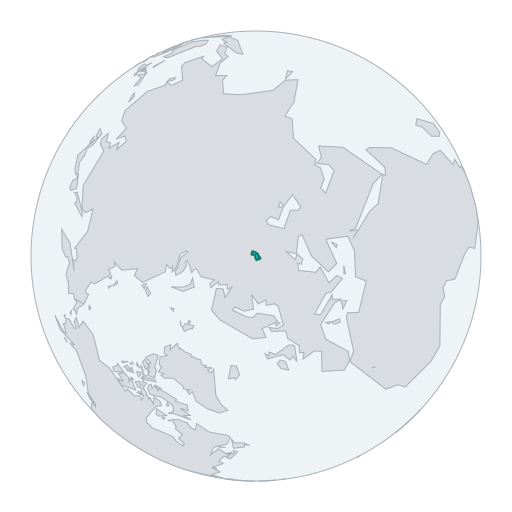 Mordovia highlighted on a globe, orthographic projection, rotated 236°
{"feature_id": "RUS-2372", "entity_name": "Mordovia", "entity_type": "Republic", "adm_level": 1, "iso_a3": "RUS", "parent_name": "Russia", "parent_adm1": "", "projection": "orthographic", "projection_center": [44.161, 54.419], "detail": "fine", "context": "on_globe", "style": "filled", "palette": "teal", "viewbox_px": 512, "rotation_deg": 236, "n_neighbors": 0, "source": "natural_earth", "source_scale": "10m", "svg_char_len": 13332}
<svg xmlns="http://www.w3.org/2000/svg" viewBox="0 0 512 512"><g transform="rotate(236 256 256)"><circle cx="256" cy="256" r="225" fill="#eef3f6" stroke="#a8b0b8"/><path d="M207.4,36.0L221.9,34.3L226.9,38.5L220.8,38.6L222.8,40.0L230.5,40.1L235.2,39.9L252.3,48.0L277.4,54.1L287.6,53.1L283.6,55.9L304.4,52.7L319.5,56.1L301.0,54.2L298.1,55.6L307.6,58.5L306.6,60.6L310.6,63.4L308.6,65.8L298.0,65.0L296.5,66.6L303.3,68.7L305.6,72.7L295.8,69.4L298.7,76.2L281.5,77.0L256.9,67.8L245.9,71.8L216.7,72.2L217.9,74.8L207.6,77.3L205.2,81.4L200.4,80.7L202.6,84.6L207.3,84.5L209.9,86.3L208.9,88.9L202.7,88.3L202.3,86.9L199.9,88.1L197.3,86.8L198.0,88.9L190.6,88.1L196.4,92.7L189.2,95.3L184.7,93.8L187.3,89.0L183.3,74.8L179.5,72.5L171.7,73.8L152.4,86.3L147.4,86.1L139.1,89.5L140.8,91.6L148.0,89.8L149.2,95.1L157.8,92.6L159.5,94.6L167.5,94.5L164.0,100.0L156.2,105.6L149.4,106.1L145.8,108.7L150.4,113.0L135.9,119.0L123.3,132.1L119.8,133.3L116.3,126.5L121.1,114.1L116.6,106.9L117.1,117.3L108.4,120.8L105.9,124.0L105.0,127.4L107.4,128.5L103.9,131.1L102.1,121.3L105.2,118.8L105.8,121.8L107.9,116.1L106.7,110.3L102.3,112.9L105.0,102.6L101.9,104.5L100.8,103.5L105.5,101.1L97.1,105.5L99.5,96.9L88.1,106.2L101.9,93.1L108.4,86.9L115.3,80.6L113.5,81.9L125.1,72.8L128.1,70.6L142.8,61.2L158.1,53.1L174.1,46.1L190.5,40.4L207.4,36.0ZM32.7,226.1L32.4,228.9L32.1,230.9L32.7,226.1ZM31.3,272.2L32.2,281.3L35.6,302.0L36.5,306.8L33.2,289.6L31.3,272.2ZM75.5,121.2L80.1,115.3L85.5,108.8L87.9,106.0L85.8,108.4L70.0,129.0L73.8,123.5L75.5,121.2ZM85.1,110.6L87.6,107.5L85.6,110.2L85.1,110.6ZM237.5,39.6L230.8,39.9L224.1,39.2L229.8,38.6L237.5,39.6ZM250.0,42.2L246.6,42.7L244.8,40.5L247.3,40.9L250.0,42.2ZM295.1,52.2L289.9,51.1L295.3,51.5L295.1,52.2ZM311.5,63.4L313.3,63.1L314.7,64.7L311.5,63.4ZM168.9,91.5L168.2,93.0L167.1,92.2L168.9,91.5ZM173.0,90.2L172.2,88.3L174.1,87.4L174.5,88.6L173.0,90.2ZM312.8,70.0L314.3,72.8L310.9,69.7L312.8,70.0ZM173.6,92.8L177.4,86.1L180.7,84.7L185.1,88.1L173.6,92.8ZM314.1,74.4L318.0,81.8L322.4,81.6L312.3,86.5L312.3,78.4L307.4,74.5L312.0,75.7L314.1,74.4ZM209.3,83.4L204.2,83.6L209.4,81.2L209.3,83.4ZM212.0,81.4L224.4,72.1L231.5,73.3L225.9,76.1L235.8,76.1L233.2,81.2L227.1,82.4L223.1,80.5L225.2,84.0L212.0,81.4ZM306.2,88.2L305.5,90.0L304.2,88.0L306.2,88.2ZM211.3,86.9L213.1,84.7L219.4,85.6L216.8,90.0L215.6,88.3L211.3,86.9ZM239.7,73.7L243.9,75.3L242.9,79.8L244.4,81.1L233.7,81.5L239.7,73.7ZM213.7,89.4L215.3,92.3L211.5,94.3L209.9,89.0L213.7,89.4ZM222.2,84.0L225.0,84.7L222.6,85.7L222.2,84.0ZM198.6,103.4L200.7,100.5L204.2,100.7L198.6,103.4ZM216.2,93.3L217.5,92.6L219.1,92.4L219.4,94.7L216.2,93.3ZM233.8,84.8L232.5,86.4L238.1,84.8L237.6,88.4L230.5,88.1L233.4,89.7L233.2,90.8L227.6,89.4L233.8,84.8ZM224.4,96.6L215.3,97.8L210.6,102.9L207.4,102.8L215.5,94.7L224.4,96.6ZM226.8,92.4L224.6,95.0L221.7,93.5L221.5,90.8L226.8,92.4ZM239.8,91.0L242.4,85.6L243.9,85.9L239.8,91.0ZM223.6,98.3L225.9,98.0L223.6,98.9L223.6,98.3ZM235.5,93.5L236.2,91.5L237.8,91.9L235.5,93.5ZM229.7,99.2L226.8,99.5L226.5,97.7L229.7,99.2ZM232.8,96.8L234.9,97.8L228.1,96.8L232.9,95.9L232.8,96.8ZM236.9,94.2L238.1,93.8L236.4,95.0L236.9,94.2ZM232.5,106.2L224.1,105.4L223.4,101.2L231.7,102.6L232.5,106.2ZM173.3,465.6L172.1,465.0L158.9,458.4L140.0,441.6L144.1,437.7L141.5,430.9L125.6,407.9L129.0,400.0L125.1,393.4L116.9,389.7L112.6,381.5L107.7,378.2L78.7,358.2L70.9,342.4L64.0,306.4L70.0,301.5L72.9,289.2L115.8,274.8L122.8,283.9L154.2,296.3L157.7,300.1L151.8,309.6L173.5,333.3L183.2,327.0L205.1,340.5L221.2,343.1L230.8,323.3L204.6,318.7L202.3,307.2L225.1,302.0L248.3,306.1L248.2,301.8L235.3,290.8L242.6,283.6L231.1,286.3L234.4,291.2L227.3,293.2L223.9,288.9L226.6,286.4L220.1,283.3L208.9,296.7L211.0,303.1L192.9,301.4L194.6,312.1L189.0,315.2L184.0,298.3L185.9,293.1L175.0,271.7L171.3,276.9L181.4,297.6L177.4,294.9L172.5,302.8L173.1,294.6L163.0,271.3L147.9,267.4L125.4,279.2L117.2,275.3L112.0,265.4L123.5,246.1L140.4,257.2L144.7,251.1L144.2,237.3L149.3,242.0L151.2,238.0L157.8,241.6L170.0,236.1L177.2,238.7L184.8,226.8L189.5,226.7L183.7,233.6L183.5,240.0L201.7,246.4L206.0,244.7L209.4,236.7L214.0,239.7L215.0,231.1L226.8,230.8L213.2,224.2L216.9,215.3L225.5,210.1L224.3,206.1L210.3,214.7L206.9,219.2L207.9,225.0L196.5,237.2L189.6,237.2L192.3,220.4L182.9,218.9L189.1,207.0L223.2,190.3L236.0,188.7L251.3,205.1L246.8,210.4L239.0,207.0L243.6,218.5L244.5,213.5L248.3,216.2L252.8,208.9L255.7,210.5L255.0,200.9L259.0,202.1L259.4,208.2L269.5,198.9L278.7,199.5L279.6,196.7L277.9,193.5L290.7,196.7L290.7,194.5L286.6,192.5L284.1,187.1L284.6,178.7L289.0,180.3L289.4,183.5L296.8,192.8L297.2,201.5L299.1,201.3L299.8,194.2L290.7,182.7L289.7,177.4L294.8,182.0L292.9,179.9L293.8,177.7L298.8,177.1L293.6,171.8L297.6,147.3L307.8,144.2L311.8,150.8L319.2,136.8L330.0,135.2L326.2,133.4L327.2,125.9L323.8,126.2L322.0,124.8L323.0,106.9L326.6,104.3L322.7,95.3L320.7,94.4L317.8,95.8L312.3,86.5L322.4,81.6L326.4,83.8L330.0,79.7L338.5,85.3L347.3,88.4L354.5,97.5L360.8,99.5L361.5,97.7L370.5,99.4L386.8,109.8L370.7,109.1L345.6,97.0L355.6,102.4L352.5,103.7L355.5,107.3L362.6,111.1L363.9,110.0L370.8,130.4L386.1,147.2L387.2,139.0L392.9,138.3L411.2,152.3L428.0,188.4L435.8,189.5L439.6,193.9L440.2,202.2L434.7,195.9L430.9,198.8L427.6,194.2L426.8,206.0L422.1,200.1L423.7,212.6L428.6,214.6L431.1,206.0L434.4,219.9L443.3,220.2L449.8,228.9L453.2,258.2L448.5,275.9L449.4,279.5L444.7,281.2L442.7,293.4L454.9,300.4L456.0,305.2L450.8,324.2L449.9,321.2L437.5,325.4L438.3,338.5L447.8,337.8L451.2,344.4L445.2,348.7L441.4,343.2L437.0,344.5L436.0,334.0L428.1,323.3L421.9,332.9L420.3,326.5L408.6,319.9L398.5,333.0L383.9,362.4L385.3,378.8L378.7,389.4L362.2,373.4L356.0,358.3L349.3,362.7L332.9,352.9L302.5,359.7L298.8,355.5L292.9,358.8L281.5,355.4L276.2,347.7L269.0,348.9L283.3,368.5L291.2,367.2L298.6,358.1L301.1,365.2L312.2,369.5L297.5,388.9L253.4,406.1L250.3,393.5L223.1,353.8L224.6,349.4L224.5,348.8L224.3,347.9L220.5,354.9L216.3,346.3L229.5,375.4L231.2,386.6L252.8,406.8L250.4,408.7L257.8,412.4L282.7,406.6L282.5,410.6L270.0,428.7L236.6,448.6L241.8,460.1L240.6,467.9L221.5,470.5L224.9,474.9L215.2,474.6L215.8,476.1L209.0,475.9L197.1,473.4L193.8,472.5L173.3,465.6ZM98.7,289.7L97.0,293.2L98.7,289.7ZM271.7,320.7L286.4,320.6L281.9,307.1L287.2,306.1L283.8,302.1L281.5,306.2L273.4,294.9L280.5,290.3L279.8,284.2L274.8,284.0L263.1,294.3L274.7,310.3L270.4,316.1L271.7,320.7ZM56.9,151.4L54.6,156.2L56.4,152.2L56.9,151.4ZM67.0,133.4L65.0,136.6L67.9,132.2L58.7,147.8L62.3,141.0L64.8,136.8L67.0,133.4ZM83.3,111.8L81.4,114.3L81.0,114.5L83.3,111.8ZM83.6,112.6L84.1,111.8L85.7,110.1L83.6,112.6ZM108.5,121.4L108.5,122.3L106.9,125.8L106.3,124.5L108.5,121.4ZM108.2,141.0L102.6,144.8L106.2,141.0L104.2,139.5L109.2,129.9L118.3,133.4L113.3,133.4L108.2,141.0ZM118.4,118.6L114.2,123.9L118.5,118.0L118.4,118.6ZM154.9,213.3L156.2,217.8L152.2,221.4L143.1,219.3L148.8,213.8L154.9,213.3ZM159.0,223.3L164.2,207.9L170.0,208.9L165.8,210.9L169.2,213.1L163.4,216.9L163.9,233.5L160.4,237.9L145.5,230.9L152.3,230.6L150.6,226.1L159.0,223.3ZM167.1,170.1L169.5,164.4L179.1,173.9L175.8,178.2L166.6,176.0L165.0,169.8L167.1,170.1ZM180.7,100.5L181.0,98.4L182.7,98.4L183.9,100.3L180.7,100.5ZM199.3,102.0L181.3,110.0L180.7,107.9L170.9,115.6L165.5,113.2L172.0,108.2L160.5,112.3L164.2,106.8L156.6,110.4L171.7,99.5L174.6,95.1L173.5,100.9L178.4,103.2L181.3,102.8L192.0,98.7L200.6,90.7L206.9,92.1L209.0,95.2L207.9,97.3L204.2,95.7L205.3,99.7L199.1,99.0L199.3,102.0ZM230.1,135.8L226.3,132.1L227.6,141.8L221.4,140.4L221.9,141.7L216.5,143.2L210.9,147.3L208.5,145.8L207.4,148.1L203.8,149.3L201.4,151.9L196.1,150.4L192.8,153.6L192.2,151.1L187.9,157.1L188.7,152.0L184.1,153.3L185.8,157.5L162.9,144.8L152.8,144.0L143.8,146.3L146.4,137.7L156.4,130.3L169.5,125.1L179.0,127.4L178.4,123.3L182.8,123.3L181.4,126.5L186.2,121.6L189.4,122.5L201.0,119.0L205.9,111.8L210.3,110.5L210.0,113.8L214.6,110.3L217.0,115.7L220.2,115.0L225.8,119.9L223.3,126.9L227.1,125.6L231.5,129.5L230.1,135.8ZM233.8,107.7L232.3,116.0L228.2,119.5L220.2,109.7L217.0,109.6L211.8,103.8L217.9,99.0L218.8,101.0L221.1,101.9L218.3,103.1L222.3,102.8L223.7,105.7L227.3,106.4L225.8,108.9L233.8,107.7ZM163.2,297.8L166.2,299.7L171.2,301.2L168.2,306.4L163.2,297.8ZM156.0,282.0L158.9,282.6L157.1,290.3L154.0,288.5L156.0,282.0ZM162.1,276.6L159.2,282.1L158.9,278.1L162.1,276.6ZM186.5,233.8L189.8,234.0L189.6,236.1L187.0,238.4L186.5,233.8ZM232.6,165.6L231.1,162.6L232.4,161.8L233.5,154.4L238.2,155.1L239.4,159.7L232.6,165.6ZM225.5,326.3L220.0,329.6L218.0,327.3L220.3,326.6L225.5,326.3ZM192.1,318.9L199.0,323.5L191.2,320.3L192.1,318.9ZM237.9,165.1L237.8,161.9L240.2,164.2L237.9,165.1ZM241.7,155.2L244.8,157.2L238.9,154.3L241.7,155.2ZM279.9,466.1L266.5,477.2L255.6,477.4L252.7,475.0L257.1,468.5L269.5,466.0L275.3,461.8L279.9,466.1ZM471.1,322.9L470.4,325.1L471.4,322.1L471.1,322.9ZM469.0,328.5L471.1,322.8L468.3,330.8L469.0,328.5ZM473.5,314.6L471.8,320.6L473.8,313.4L474.2,311.9L473.5,314.6ZM467.4,332.5L456.8,353.0L452.0,359.3L453.7,355.3L461.4,343.1L467.4,332.5ZM453.2,355.9L445.2,361.4L430.6,357.9L435.9,353.0L450.5,348.3L449.6,351.2L454.5,349.0L453.2,355.9ZM470.7,314.8L469.7,321.7L464.4,332.7L461.6,336.9L459.8,333.1L460.9,327.3L463.3,323.3L469.8,293.5L472.7,290.8L471.3,301.6L473.4,301.9L470.7,314.8ZM386.4,379.7L392.2,385.7L388.3,389.4L386.4,379.7ZM470.4,277.0L469.2,289.9L469.7,275.6L470.4,277.0ZM469.5,265.6L470.6,268.3L468.7,268.1L469.5,265.6ZM451.2,284.1L448.8,289.2L447.8,287.0L450.2,279.3L451.2,284.1ZM454.7,236.3L458.4,243.2L459.2,246.4L456.3,244.4L454.7,236.3ZM277.8,168.5L271.1,177.8L269.3,185.5L273.2,191.1L264.8,187.4L267.5,175.6L277.8,168.5ZM294.7,149.7L291.3,145.2L294.6,144.7L295.9,145.7L294.7,149.7ZM291.4,148.6L283.7,147.7L282.9,143.7L289.1,145.2L291.4,148.6ZM260.7,156.0L258.3,158.6L256.4,156.6L260.7,156.0ZM481.0,266.4L480.8,269.8L481.2,261.6L481.0,266.4ZM479.2,286.0L479.0,287.9L478.6,289.3L479.2,286.0ZM480.0,280.2L479.5,283.7L479.8,281.7L480.1,278.6L480.0,280.2ZM474.6,299.7L475.2,301.1L477.3,291.8L475.7,300.5L476.4,301.5L475.7,305.3L475.1,303.8L473.8,311.9L472.9,314.9L472.9,311.0L474.3,301.0L475.2,295.1L478.5,281.2L474.6,299.7ZM480.0,277.4L479.7,275.3L479.8,270.9L480.2,270.9L480.0,277.4ZM477.6,271.0L475.4,271.4L474.4,278.1L475.4,261.2L477.5,263.7L477.6,271.0ZM474.2,264.5L473.4,270.8L473.6,261.9L474.2,264.5ZM472.6,270.2L471.4,267.1L472.6,264.1L472.6,270.2ZM474.8,262.3L473.2,255.3L474.7,257.1L474.8,262.3ZM468.2,260.5L472.5,258.9L468.7,266.2L463.8,254.8L465.1,250.3L468.2,260.5ZM445.5,188.3L442.6,185.9L442.4,181.2L444.5,184.1L445.5,188.3ZM439.2,164.7L441.4,179.2L442.7,191.3L444.5,190.1L448.7,197.9L443.7,196.7L439.5,184.0L439.3,175.9L435.0,170.0L432.3,161.7L426.3,156.9L423.7,152.1L429.0,154.1L439.2,164.7ZM423.7,155.2L412.3,145.0L414.0,139.0L416.8,139.8L421.4,146.9L420.2,149.7L423.7,155.2ZM410.0,140.9L408.8,143.5L389.5,136.6L385.8,133.7L401.4,135.2L401.1,137.9L405.5,140.8L410.0,140.9ZM308.0,90.3L305.8,90.0L307.5,89.0L308.0,90.3ZM320.2,125.2L318.0,123.1L320.2,121.8L320.2,125.2ZM313.3,116.7L312.4,119.6L311.6,115.9L313.3,116.7ZM310.6,126.2L311.1,120.4L313.2,126.9L310.6,126.2Z" fill="#d9dde1" stroke="#a8b0b8" stroke-width="1"/><path d="M254.3,257.7L254.1,257.7L253.9,257.6L253.7,257.6L253.6,257.9L253.6,258.0L253.7,258.3L253.5,258.2L253.4,258.2L253.5,258.3L253.4,258.3L253.2,258.4L252.9,258.4L252.7,258.5L252.7,258.4L252.4,258.4L252.3,258.5L252.2,258.5L252.3,258.4L252.2,258.3L252.2,258.6L252.0,258.4L251.8,258.3L251.7,258.2L251.8,258.1L251.9,257.9L252.1,257.8L252.1,257.7L251.8,257.4L251.6,257.3L251.6,257.2L251.8,257.1L251.7,257.2L251.8,257.2L252.0,257.2L252.1,257.3L252.3,257.3L252.3,257.2L252.2,257.1L252.4,256.9L252.2,256.7L251.9,256.6L251.9,256.8L251.7,256.9L251.5,256.7L251.9,256.6L252.0,256.4L252.2,256.2L252.3,256.2L252.5,256.2L252.4,255.9L252.3,255.7L252.5,255.7L252.5,255.4L252.6,255.2L252.5,254.9L252.4,254.9L252.2,254.7L252.2,254.8L252.0,254.7L252.0,254.4L252.2,254.2L252.3,254.3L252.4,254.5L252.5,254.5L252.6,254.4L252.8,254.5L253.0,254.5L253.3,254.5L253.5,254.5L253.6,254.4L253.7,254.2L253.8,254.0L254.3,253.9L254.4,254.0L254.7,254.1L254.8,254.1L254.9,254.3L255.0,254.4L255.3,254.5L255.5,254.5L255.6,254.8L255.8,254.8L255.8,255.0L256.0,255.1L256.2,255.3L256.3,255.3L256.5,255.3L256.6,255.5L256.9,255.6L257.0,255.4L257.2,255.5L257.0,255.8L257.3,255.6L257.5,255.6L257.8,255.8L258.0,255.7L258.1,255.4L258.0,255.2L258.0,254.9L258.0,254.7L258.3,254.5L258.4,254.4L258.5,254.3L258.5,254.2L258.8,254.2L258.9,253.9L258.9,253.7L259.0,253.4L259.1,253.2L259.3,253.0L259.5,253.0L259.6,253.3L259.6,253.5L259.4,253.7L259.5,253.8L259.7,253.7L259.8,253.6L260.0,253.7L260.3,253.5L260.5,253.8L260.5,253.7L260.6,253.4L260.8,253.5L260.8,253.8L261.0,254.0L261.1,254.3L261.2,254.5L261.2,254.8L261.4,255.0L261.2,255.3L261.4,255.2L261.4,255.3L261.3,255.6L261.5,255.6L261.4,255.7L261.4,255.8L261.5,256.0L261.9,256.0L261.6,256.4L261.4,256.4L261.1,256.7L260.9,256.7L260.9,256.8L260.5,256.8L260.4,256.8L260.2,257.0L260.0,257.3L260.0,257.5L259.9,257.5L259.7,257.7L259.6,257.8L259.4,257.9L259.2,258.0L258.8,258.0L258.7,258.1L258.3,257.7L258.2,257.8L257.9,257.8L257.6,257.8L257.4,257.9L257.4,258.0L257.2,258.0L257.1,258.3L257.1,258.5L257.3,258.7L257.3,258.8L257.1,258.8L257.0,259.0L256.9,259.0L256.8,258.9L256.7,258.9L256.6,258.7L256.4,258.8L256.1,258.6L255.9,258.7L255.7,258.7L255.3,258.4L255.3,258.2L255.5,258.2L255.4,258.1L255.3,257.9L255.1,257.8L254.7,257.7L254.4,257.7L254.3,257.7ZM252.2,254.6L252.3,254.6L252.2,254.5L252.2,254.4L252.1,254.5L252.2,254.6Z" fill="#14b8a6" stroke="#0f766e" stroke-width="1.5"/></g></svg>